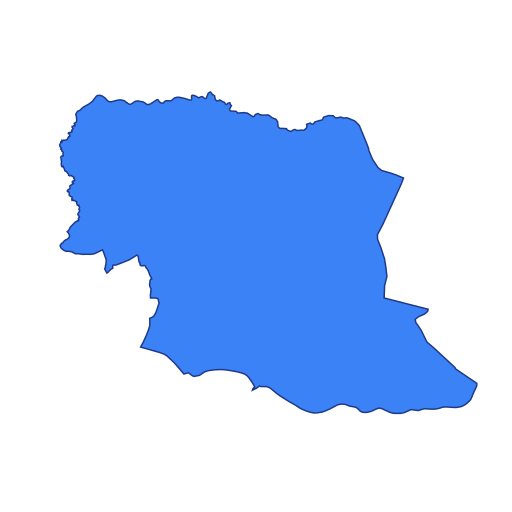 Khok Pho, Pattani, Thailand, rotated 348°
{"feature_id": "78962969B27197840775021", "entity_name": "Khok Pho", "entity_type": "district", "adm_level": 2, "iso_a3": "THA", "parent_name": "Thailand", "parent_adm1": "Pattani", "projection": "orthographic", "projection_center": [101.073, 6.699], "detail": "fine", "context": "isolated", "style": "filled", "palette": "blue", "viewbox_px": 512, "rotation_deg": 348, "n_neighbors": 0, "source": "geoboundaries", "source_scale": "gbopen_adm2", "svg_char_len": 5929}
<svg xmlns="http://www.w3.org/2000/svg" viewBox="0 0 512 512"><g transform="rotate(348 256 256)"><path d="M416.5,210.4L409.8,205.8L405.1,203.0L396.7,198.5L393.6,194.7L390.3,186.2L389.6,183.3L388.2,175.7L388.5,174.4L387.6,168.5L384.2,149.9L381.7,145.8L380.5,144.3L374.3,140.0L373.0,139.6L370.2,139.2L367.7,137.7L364.2,137.7L363.0,137.5L362.0,136.9L360.7,134.9L356.0,133.7L354.8,133.9L351.3,134.2L350.7,134.6L349.6,136.2L348.8,136.7L346.2,136.7L341.5,137.1L340.7,137.9L339.0,138.9L337.7,138.4L337.1,137.5L336.6,137.2L333.0,137.7L332.8,137.8L332.8,139.6L332.4,140.8L331.6,141.5L329.1,143.0L326.9,142.4L322.1,141.7L320.4,140.3L318.6,140.4L316.7,141.3L315.7,141.3L312.8,139.4L312.3,137.7L311.0,137.5L309.1,136.8L306.3,136.3L305.2,135.5L304.5,134.0L305.0,129.4L304.3,127.1L303.6,126.1L301.0,124.6L297.4,120.6L292.0,119.7L289.0,118.5L287.8,117.2L287.3,117.0L284.7,117.5L283.2,119.0L282.1,119.2L277.1,114.3L276.1,114.2L274.9,113.4L267.9,112.4L266.8,110.7L266.3,110.2L261.5,109.0L260.7,107.9L260.6,106.8L262.1,105.0L263.2,103.9L262.3,102.1L262.3,100.7L260.2,100.7L259.0,101.7L258.2,101.6L257.8,101.2L257.4,99.9L256.9,99.0L255.7,98.3L252.9,95.8L251.2,96.4L250.3,96.3L249.8,96.0L249.1,95.1L248.7,94.0L248.8,90.6L247.0,89.0L245.6,86.2L244.9,86.1L243.1,86.9L240.3,91.1L239.5,91.6L238.7,91.3L238.2,90.9L237.3,89.6L236.4,88.8L235.3,88.8L233.0,89.4L229.9,86.8L228.4,85.8L227.4,85.6L226.8,85.6L226.3,86.0L226.1,86.6L225.7,89.2L225.1,89.8L224.5,89.9L223.5,89.7L219.7,87.4L214.0,84.8L211.5,84.3L209.0,84.5L206.2,86.1L205.3,86.4L204.4,86.5L201.9,85.7L200.2,85.5L198.8,85.8L197.4,86.9L196.5,87.1L195.3,86.7L194.2,85.9L193.5,84.9L192.6,82.7L191.7,82.5L184.3,85.3L182.1,85.5L180.6,85.0L179.4,83.4L177.7,81.9L172.6,79.7L170.0,79.6L165.2,81.5L164.4,81.5L163.0,80.8L159.4,76.7L156.8,75.4L154.6,74.9L152.7,74.8L148.0,75.0L146.1,75.0L144.9,74.7L143.7,73.9L142.9,73.0L141.4,70.3L139.0,67.7L137.1,66.5L134.5,66.0L133.1,66.5L128.1,70.7L127.0,71.3L124.7,72.4L118.1,74.5L116.8,75.1L114.3,76.8L111.4,77.4L109.2,79.9L109.3,82.7L108.7,86.6L108.3,87.3L107.6,87.9L105.7,88.5L105.7,88.9L106.4,90.4L106.2,90.9L105.7,91.1L105.1,90.7L104.3,91.0L103.1,91.0L102.9,91.7L103.6,93.5L101.8,94.8L101.7,95.2L101.9,95.9L101.7,96.3L101.1,96.5L98.4,96.4L97.9,97.0L97.9,97.3L99.0,97.8L98.8,98.4L98.8,100.2L97.5,100.3L97.1,101.1L96.3,101.6L96.0,102.3L95.0,103.0L92.6,103.0L91.5,102.6L90.7,102.8L90.3,103.1L90.5,103.5L90.0,104.1L89.8,103.3L89.5,104.1L88.9,103.8L88.7,104.5L87.0,106.5L87.1,108.3L87.6,109.4L88.1,109.9L87.3,110.7L87.2,111.1L87.4,111.3L88.1,111.5L88.0,113.2L88.7,113.8L89.0,114.5L88.4,115.6L88.3,117.9L86.4,117.9L85.7,118.5L85.4,122.2L85.6,123.2L84.9,124.3L84.5,126.9L84.5,127.9L84.7,128.2L85.6,128.0L86.1,128.1L85.9,129.3L86.6,130.2L86.7,132.9L87.0,133.2L88.6,134.4L88.5,134.9L89.7,137.2L89.5,137.9L89.7,138.3L90.5,138.9L92.1,138.9L92.9,140.0L94.3,141.0L94.3,141.4L93.9,142.4L94.5,143.2L94.5,143.8L94.2,144.5L92.5,144.6L91.6,145.4L91.7,146.1L92.7,146.9L92.5,147.2L88.7,148.6L88.4,149.2L88.3,150.6L87.7,151.6L86.1,152.0L85.0,152.9L84.9,153.5L85.2,154.0L86.0,154.1L86.5,155.0L85.9,157.5L86.1,158.2L88.4,160.2L88.4,160.7L87.6,162.0L87.6,163.4L87.9,163.5L88.7,163.1L89.2,163.9L90.2,164.1L90.9,164.9L91.9,165.6L91.5,166.6L91.8,169.1L93.4,169.6L93.1,170.6L93.5,171.4L93.5,172.0L92.5,173.4L93.0,174.6L93.0,175.1L90.4,177.9L90.8,179.8L91.5,180.7L90.1,182.4L90.1,184.0L89.8,184.5L89.4,184.6L88.8,184.2L88.0,184.8L86.3,185.2L80.4,189.1L78.2,191.9L76.4,193.0L77.2,194.3L77.9,196.6L77.4,198.8L75.5,200.0L74.1,200.6L72.9,200.7L70.9,201.8L69.7,203.1L68.3,203.2L67.8,204.3L66.7,204.7L66.5,205.8L67.2,207.9L68.9,210.2L70.6,211.5L71.5,212.0L73.7,212.4L74.7,212.9L76.5,213.5L79.3,215.9L80.4,216.4L82.5,216.8L87.3,218.5L90.7,219.0L94.6,220.0L98.2,220.2L107.2,218.1L107.6,220.2L108.7,228.3L108.4,229.8L107.3,233.3L106.6,234.5L106.3,235.9L105.3,236.9L105.3,237.2L106.6,241.7L108.4,240.9L109.4,240.0L111.3,238.8L113.3,238.3L113.9,235.4L114.1,235.3L117.7,235.7L130.9,233.5L139.8,230.3L140.7,232.0L140.4,236.0L140.5,237.8L140.9,238.0L140.9,238.3L140.8,240.7L141.5,241.5L142.4,242.0L145.0,242.1L145.8,243.0L146.0,244.6L147.0,246.2L147.3,247.1L148.0,250.8L148.0,252.0L149.3,256.4L149.2,256.8L148.2,256.8L147.1,258.2L146.7,260.0L146.1,261.1L145.8,263.4L146.5,266.5L146.4,267.0L145.9,267.9L145.7,269.1L144.5,272.4L144.1,275.1L149.1,276.2L151.2,277.2L151.4,281.5L151.3,282.0L148.5,286.9L146.5,290.2L145.1,291.9L143.7,293.4L142.2,294.2L139.0,294.9L138.9,296.3L137.6,302.0L135.6,305.7L132.4,310.6L128.0,316.6L124.2,321.1L141.6,330.3L145.3,332.6L148.0,335.0L153.9,343.5L161.0,356.5L165.5,356.1L169.0,360.0L169.7,360.5L170.5,360.9L175.9,361.0L180.6,359.1L182.1,358.6L184.5,358.3L186.8,358.3L191.9,358.7L196.0,359.4L199.9,360.2L204.2,361.6L213.0,365.1L217.6,367.4L220.2,369.0L222.2,371.0L223.6,373.3L226.1,379.2L227.5,383.6L227.2,384.2L226.2,384.5L225.5,385.1L224.6,386.5L228.5,385.5L231.3,384.5L232.3,383.7L233.4,384.6L237.4,385.6L238.9,385.8L240.5,386.7L241.8,387.6L242.7,388.4L247.7,394.8L250.6,398.0L257.8,405.0L263.4,409.9L267.7,414.3L272.7,417.9L277.0,420.3L279.9,421.5L282.7,422.1L288.4,422.4L291.4,422.0L295.8,421.1L305.0,418.5L308.8,418.6L312.1,419.5L314.3,420.8L316.0,422.1L322.2,424.7L324.0,426.7L325.8,429.6L327.1,430.6L328.1,431.1L330.2,431.7L332.9,432.0L336.4,431.9L343.1,430.4L344.6,430.4L346.2,430.8L347.2,431.4L354.7,436.9L357.8,438.5L364.8,440.0L368.7,440.0L375.1,438.6L376.2,438.6L382.4,440.9L388.0,440.4L389.8,440.6L395.0,442.1L397.8,442.7L399.7,443.0L403.0,443.1L407.3,442.7L410.3,443.1L418.6,445.4L420.6,445.8L424.8,446.0L426.8,445.7L429.0,445.1L431.7,443.9L434.9,442.0L436.2,441.0L438.5,437.8L439.4,436.3L443.8,430.5L445.0,428.7L445.5,426.5L427.8,408.0L427.4,406.4L410.9,383.0L405.3,375.7L402.1,363.0L399.6,356.8L398.5,354.4L398.5,351.1L402.5,349.1L408.6,347.9L412.3,345.9L413.3,343.9L372.6,323.7L375.7,311.5L379.8,303.3L380.7,293.9L381.1,285.4L379.9,273.9L378.4,264.9L379.2,260.4L386.9,251.1L412.8,216.1L416.5,210.4Z" fill="#3b82f6" stroke="#1e3a8a" stroke-width="1.5"/></g></svg>